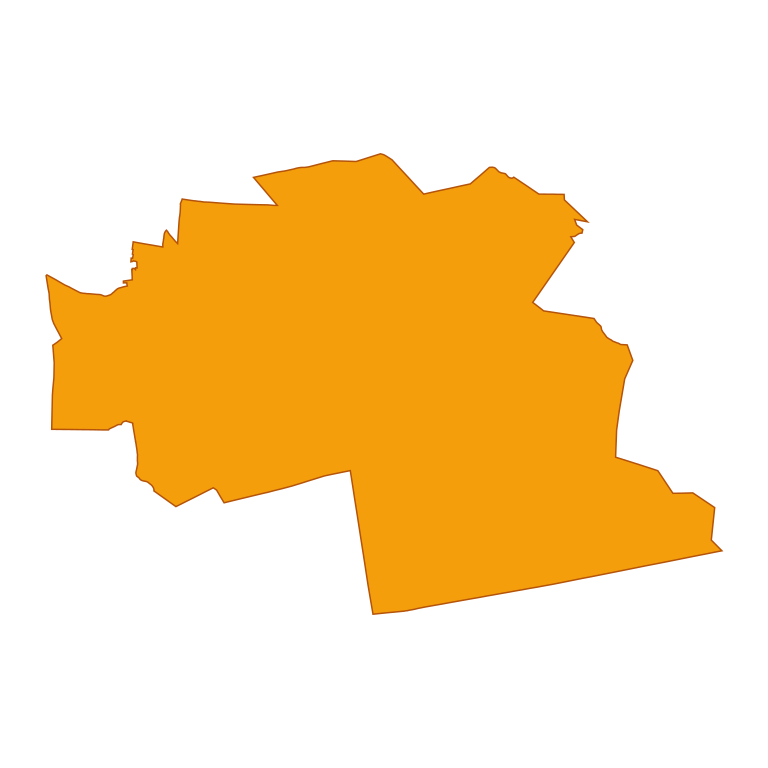 Ocoyoacac, México, Mexico (Robinson projection)
{"feature_id": "50627088B98406065457208", "entity_name": "Ocoyoacac", "entity_type": "district", "adm_level": 2, "iso_a3": "MEX", "parent_name": "Mexico", "parent_adm1": "México", "projection": "robinson", "projection_center": [-99.425, 19.258], "detail": "fine", "context": "isolated", "style": "filled", "palette": "amber", "viewbox_px": 768, "rotation_deg": 0, "n_neighbors": 0, "source": "geoboundaries", "source_scale": "gbopen_adm2", "svg_char_len": 5056}
<svg xmlns="http://www.w3.org/2000/svg" viewBox="0 0 768 768"><path d="M224.1,502.8L233.4,500.5L244.2,497.9L254.1,495.5L264.6,493.0L267.8,492.3L274.6,490.5L281.5,488.8L291.7,486.1L295.3,485.0L301.5,483.1L308.1,481.0L318.7,477.7L324.5,475.9L332.5,474.2L341.4,472.4L350.3,470.6L352.7,486.0L354.7,499.1L357.3,515.5L359.2,527.8L361.7,543.9L363.8,557.3L365.6,569.1L368.0,584.9L370.9,602.0L373.0,614.2L383.7,613.1L388.7,612.6L396.3,611.9L404.5,611.1L405.7,610.8L407.3,610.7L409.2,610.2L411.3,609.9L414.3,609.3L418.5,608.3L421.1,607.8L424.6,607.1L434.7,605.3L441.7,604.1L448.7,602.8L456.0,601.5L462.8,600.3L470.1,599.0L477.1,597.8L484.3,596.5L487.4,595.9L491.0,595.3L501.6,593.4L508.5,592.2L515.6,590.9L522.6,589.7L529.6,588.4L536.8,587.2L543.7,585.9L551.6,584.5L561.3,582.6L571.8,580.5L582.2,578.4L592.8,576.4L603.3,574.3L613.4,572.3L623.9,570.2L634.4,568.1L645.3,565.9L655.1,564.0L665.9,561.9L676.4,559.8L686.8,557.7L697.9,555.5L708.1,553.5L718.7,551.4L721.9,550.8L711.3,540.1L713.9,515.2L714.7,507.6L692.8,492.9L681.7,493.2L672.9,493.3L659.1,472.6L657.8,470.7L639.7,464.8L615.6,457.2L616.6,430.1L619.3,410.6L624.7,378.9L632.8,360.4L627.2,344.9L620.7,344.5L618.4,343.2L617.1,342.9L615.9,342.4L614.0,341.6L612.9,341.3L611.3,340.0L610.5,339.6L609.2,338.9L606.9,337.4L605.3,335.2L603.9,333.3L602.7,331.8L601.6,329.7L601.0,326.6L600.4,325.8L596.6,322.4L594.0,318.5L565.0,314.1L543.7,310.9L532.7,302.4L574.3,242.5L570.8,236.8L574.7,236.4L575.4,236.0L576.4,235.3L578.6,233.8L580.3,233.2L582.0,233.1L582.8,229.7L576.7,225.1L574.6,219.4L587.5,221.8L564.4,199.9L564.1,194.4L555.2,194.3L553.8,194.2L547.2,194.2L538.9,194.1L532.8,190.0L526.5,185.7L520.2,181.5L513.8,177.2L513.4,177.6L512.5,178.0L511.3,178.2L509.2,177.6L508.1,176.8L505.5,173.8L504.6,173.5L501.1,172.8L498.9,171.8L495.4,168.2L494.3,167.6L492.4,167.2L489.4,167.4L479.9,175.7L476.7,178.4L470.3,183.9L459.6,186.2L448.8,188.6L438.0,190.9L430.8,192.5L423.7,194.1L415.7,185.5L407.8,176.9L399.9,168.4L392.0,159.8L386.4,156.2L383.7,154.7L380.5,153.8L370.0,157.1L363.1,159.3L356.1,161.5L344.4,161.1L332.7,160.8L321.0,163.7L313.3,165.7L308.5,166.9L304.9,167.4L301.7,167.4L299.7,167.6L297.6,168.0L296.1,168.3L294.2,168.9L285.2,170.9L277.8,172.0L271.2,173.5L263.6,175.2L253.5,177.4L260.2,185.3L265.4,191.4L270.9,197.9L277.3,205.4L274.0,205.4L267.9,204.9L257.5,204.7L234.8,204.1L222.0,203.2L209.2,202.2L206.4,202.1L205.1,202.0L204.8,202.1L203.3,201.9L201.8,201.7L200.0,201.4L198.1,201.3L197.9,201.2L197.5,201.2L195.5,200.9L194.8,200.9L191.0,200.4L190.4,200.3L188.4,200.0L187.6,199.9L185.9,199.6L184.5,199.4L183.5,199.3L182.2,199.0L181.9,199.9L181.7,200.5L180.4,203.7L180.3,204.0L180.5,204.8L180.3,209.9L180.2,211.4L180.2,211.9L179.8,215.5L179.6,216.7L179.5,216.8L179.0,222.2L177.6,243.6L175.0,240.9L171.9,237.2L171.1,236.3L170.0,235.1L168.5,233.1L168.0,232.1L167.3,231.2L166.4,230.2L165.4,231.3L164.9,232.3L164.4,233.4L164.2,234.4L164.0,235.6L163.8,238.0L163.5,239.4L163.4,240.6L163.1,242.3L162.8,243.8L162.8,245.2L162.8,247.0L151.3,245.0L144.1,243.8L136.8,242.5L133.2,241.8L132.2,249.4L133.1,249.6L132.4,254.2L133.2,254.6L132.6,258.3L131.2,258.1L130.9,261.8L132.7,261.4L133.4,260.9L134.7,261.2L135.3,261.2L136.8,261.9L137.1,267.9L135.6,267.8L135.5,269.6L134.1,268.4L132.3,268.5L132.3,269.7L131.8,269.7L131.9,271.7L132.2,277.5L132.1,278.3L132.3,279.1L132.3,279.8L123.4,281.1L123.4,282.9L126.8,282.8L127.0,284.5L127.3,286.0L123.2,286.9L121.6,287.4L120.1,287.8L118.9,288.1L117.3,288.9L116.4,289.7L115.4,290.5L114.6,291.3L113.8,292.1L112.7,292.9L111.7,293.9L110.7,294.6L109.5,295.1L106.4,296.1L105.0,296.2L103.9,296.0L102.5,295.4L101.3,294.9L100.1,294.6L98.8,294.5L96.8,294.4L88.9,293.7L87.1,293.7L85.2,293.4L83.3,293.3L81.6,293.0L79.9,292.6L78.9,292.1L71.2,288.1L69.1,286.9L67.7,286.3L64.8,285.0L59.6,282.0L55.9,279.8L46.9,274.9L46.1,275.7L46.6,278.9L48.1,288.3L49.1,293.4L49.4,298.7L49.4,299.2L49.9,302.6L50.5,309.5L50.9,312.0L51.4,314.7L52.3,319.6L53.8,323.6L57.4,330.5L58.3,332.1L59.7,334.8L61.7,338.6L57.1,342.3L53.8,344.6L52.8,345.2L54.2,362.8L53.9,377.7L52.9,388.3L52.4,394.9L51.7,429.3L59.9,429.4L72.1,429.5L79.4,429.6L91.3,429.7L102.0,429.9L108.6,429.9L109.2,429.0L110.3,428.4L114.3,426.6L116.2,425.6L116.7,425.3L117.9,424.7L120.1,424.5L121.1,424.6L121.8,423.5L122.5,422.4L123.7,421.6L126.0,421.0L126.4,420.9L126.5,421.2L128.6,421.8L130.1,422.3L132.0,422.8L132.8,423.3L132.7,423.6L132.7,424.0L132.8,424.7L133.2,427.1L133.5,429.2L134.2,433.2L134.5,435.1L135.1,438.7L135.4,440.2L135.5,440.8L135.4,441.1L135.6,441.3L135.7,442.1L136.2,444.9L136.2,445.3L136.9,449.7L137.3,453.5L137.5,454.5L137.5,455.1L137.4,457.0L137.4,457.4L137.4,459.0L137.4,461.1L137.6,462.7L137.6,464.3L137.4,465.3L137.1,466.7L136.6,469.3L136.1,471.4L135.9,472.6L135.9,473.2L136.3,475.0L136.7,476.1L138.1,477.2L139.4,478.3L140.0,479.3L140.7,479.9L141.2,480.1L141.9,480.5L143.7,481.0L145.8,481.4L146.6,481.6L147.7,482.1L149.2,483.3L151.5,485.1L152.5,486.3L153.4,487.8L153.8,488.8L154.0,490.2L153.9,490.9L175.9,506.6L195.3,496.9L206.1,491.4L213.3,487.8L216.6,490.1L220.3,496.5L224.1,502.8Z" fill="#f59e0b" stroke="#b45309" stroke-width="1.5"/></svg>